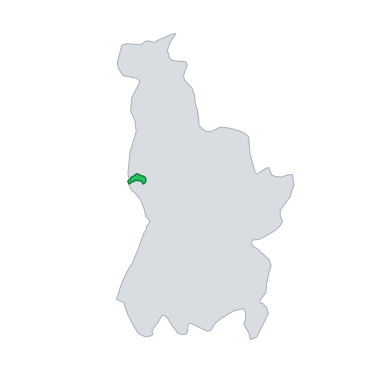 Ravne na Koroškem highlighted on a map of Slovenia, rotated 282°
{"feature_id": "SVN-217", "entity_name": "Ravne na Koroškem", "entity_type": "Municipality", "adm_level": 1, "iso_a3": "SVN", "parent_name": "Slovenia", "parent_adm1": "", "projection": "mercator", "projection_center": [14.947, 46.552], "detail": "fine", "context": "in_parent", "style": "filled", "palette": "green", "viewbox_px": 384, "rotation_deg": 282, "n_neighbors": 0, "source": "natural_earth", "source_scale": "10m", "svg_char_len": 2323}
<svg xmlns="http://www.w3.org/2000/svg" viewBox="0 0 384 384"><g transform="rotate(282 192 192)"><path d="M343.5,143.2L334.9,139.7L324.7,138.3L322.7,140.1L318.6,142.0L316.5,145.4L318.1,158.7L315.6,160.9L303.9,159.6L300.1,161.2L293.7,170.4L287.2,174.3L278.9,177.0L272.8,180.4L265.1,183.3L258.5,185.0L255.9,189.0L254.3,193.5L254.7,197.7L261.4,206.2L262.3,215.2L261.6,226.2L260.1,232.1L257.4,236.0L240.9,241.0L223.8,250.0L223.4,252.1L231.2,260.1L231.6,262.1L225.1,266.6L224.5,271.1L225.2,276.4L228.6,281.8L229.9,286.7L220.5,290.2L207.8,288.9L192.7,282.1L187.4,283.1L182.3,286.6L177.1,285.1L171.4,281.0L163.3,272.3L159.3,266.9L157.7,261.3L155.5,260.4L152.1,262.1L149.3,269.0L141.8,281.3L136.3,284.7L127.9,284.0L116.1,284.2L108.8,285.2L99.9,280.8L97.7,281.7L97.7,284.5L94.3,289.0L88.8,292.0L63.4,285.3L59.8,279.8L65.5,277.2L73.5,270.1L78.9,270.8L85.6,269.3L88.5,266.3L84.2,257.2L73.7,246.1L68.1,241.8L60.3,239.0L59.0,236.0L63.3,218.3L62.0,215.8L53.2,216.6L51.1,214.7L50.4,211.7L51.0,207.4L56.9,200.6L63.5,194.4L65.3,191.0L65.1,188.3L56.6,185.6L51.5,182.8L47.4,181.8L44.6,183.4L42.6,181.6L40.5,176.5L42.6,168.7L50.2,161.5L58.4,155.0L65.5,150.4L69.6,148.3L71.6,140.3L75.8,141.1L84.3,141.6L93.7,143.4L102.4,145.6L110.2,148.5L126.4,151.4L141.1,153.2L145.5,154.9L149.2,154.8L153.6,157.2L156.3,155.3L158.2,152.1L166.2,148.3L173.6,143.3L178.8,136.9L181.7,131.8L186.8,128.3L192.2,127.2L197.2,125.4L218.0,123.1L239.5,124.9L249.7,121.4L258.2,115.3L270.5,113.5L271.1,113.4L289.6,118.2L291.0,115.4L291.8,114.2L291.4,100.7L297.2,94.6L302.6,92.0L321.0,92.9L323.4,97.0L324.4,103.4L326.0,112.0L329.1,114.4L330.8,117.7L330.5,123.7L334.0,128.1L342.5,140.0L343.5,143.2Z" fill="#d9dde1" stroke="#a8b0b8" stroke-width="1"/><path d="M186.9,128.4L187.2,128.3L189.3,127.0L191.6,129.0L193.3,129.1L193.8,129.5L194.3,130.3L195.3,131.6L196.9,132.9L197.8,133.5L198.3,134.4L198.5,134.8L198.1,136.1L197.5,138.7L197.3,141.1L197.0,142.3L196.3,143.3L195.8,143.7L193.8,144.6L191.6,144.4L191.4,144.2L189.8,142.5L192.1,140.1L192.3,138.8L192.1,138.6L192.0,138.3L192.0,138.1L192.0,137.6L191.9,136.8L191.9,135.1L191.8,134.3L191.6,133.9L190.8,133.7L190.5,133.4L190.0,132.5L189.6,131.6L189.3,131.0L189.0,130.6L188.7,130.4L188.5,130.2L188.3,130.1L188.1,130.1L187.8,130.1L187.5,129.9L187.0,128.7L186.9,128.4Z" fill="#22c55e" stroke="#15803d" stroke-width="1.5"/></g></svg>